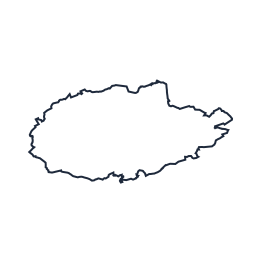 Kursīšu pag., Saldus, Latvia (Equal Earth projection), rotated 340°
{"feature_id": "27541924B12564645513148", "entity_name": "Kursīšu pag.", "entity_type": "district", "adm_level": 2, "iso_a3": "LVA", "parent_name": "Latvia", "parent_adm1": "Saldus", "projection": "equal_earth", "projection_center": [22.408, 56.518], "detail": "fine", "context": "isolated", "style": "outline", "palette": "slate", "viewbox_px": 256, "rotation_deg": 340, "n_neighbors": 0, "source": "geoboundaries", "source_scale": "gbopen_adm2", "svg_char_len": 5520}
<svg xmlns="http://www.w3.org/2000/svg" viewBox="0 0 256 256"><g transform="rotate(340 128 128)"><path d="M86.5,167.8L86.6,167.7L88.6,167.1L88.9,167.2L89.8,167.8L93.0,167.1L93.7,165.7L94.5,165.3L95.3,165.2L97.2,165.0L97.7,165.1L97.8,165.1L99.0,164.9L98.6,166.5L98.9,167.0L98.1,167.6L98.3,167.9L99.8,167.8L99.8,168.4L100.7,168.4L101.6,169.3L101.8,169.7L102.5,170.2L103.4,169.8L104.4,169.6L105.0,169.7L106.0,169.8L105.7,170.2L105.6,171.2L107.0,171.7L106.9,172.3L104.6,173.1L103.7,173.4L102.3,174.9L102.4,175.6L102.5,175.6L102.7,176.8L104.2,176.8L104.0,175.4L105.1,174.1L105.8,175.0L108.6,176.4L113.5,176.7L115.1,178.2L118.2,178.1L118.3,177.7L119.3,177.6L120.2,177.2L120.7,177.1L120.8,176.4L121.0,176.3L120.0,175.8L120.0,175.2L120.1,174.5L120.6,174.8L122.8,172.2L124.4,171.6L127.1,173.2L127.5,173.7L127.6,174.4L128.4,176.1L128.5,176.8L128.6,177.4L128.5,178.1L128.4,178.1L128.4,179.1L131.0,178.7L132.1,178.5L133.6,179.0L136.1,179.5L137.0,179.8L139.2,179.7L140.7,179.7L143.4,179.2L144.1,178.9L145.5,178.2L146.3,177.9L146.1,177.7L150.5,175.8L150.6,176.0L151.5,176.0L155.0,176.0L155.5,176.1L160.2,178.0L163.9,176.9L171.0,177.4L171.8,174.6L173.6,175.4L175.4,175.1L177.7,175.9L178.6,179.0L178.6,178.9L179.7,179.1L181.8,179.5L184.2,179.1L183.6,178.4L183.4,175.1L183.0,174.8L184.9,173.3L185.9,172.0L187.3,172.5L187.2,171.2L188.1,170.2L191.2,171.2L192.6,171.9L200.7,174.0L201.2,173.8L203.6,173.1L204.1,172.5L204.7,172.1L206.3,169.7L209.1,169.2L209.8,169.2L211.4,169.0L212.0,168.8L212.1,168.7L214.8,168.3L214.4,166.3L219.4,166.5L221.0,164.6L221.5,164.2L220.8,163.8L219.0,162.3L217.9,161.8L217.0,161.3L216.5,161.2L216.2,161.1L216.2,160.9L214.5,159.8L213.4,158.8L212.7,158.3L212.2,158.1L210.8,157.7L210.7,157.7L210.6,157.9L210.2,157.8L209.8,157.9L209.7,157.7L210.0,157.6L210.1,157.4L210.5,157.4L210.4,157.3L210.2,157.2L210.0,157.3L210.0,157.2L210.1,156.9L210.4,156.5L210.4,156.4L210.5,156.3L210.5,156.2L217.7,156.3L219.1,156.3L219.7,157.1L219.9,157.8L228.5,155.8L229.0,154.6L228.6,153.7L228.2,152.2L226.9,149.7L226.2,148.1L225.8,147.6L224.0,146.1L223.8,145.1L223.4,144.6L223.2,144.5L222.8,144.4L222.0,144.1L222.1,143.6L222.0,143.2L221.6,142.1L221.4,141.4L221.1,141.1L220.7,140.8L220.0,140.5L219.1,141.1L217.0,141.3L215.8,141.5L214.5,141.5L214.1,142.1L213.6,142.7L213.6,142.8L213.5,143.2L213.2,143.3L211.7,143.1L210.2,144.2L208.1,145.2L207.2,144.2L206.1,143.0L205.7,142.8L205.4,142.7L203.8,142.2L206.0,140.5L204.9,139.5L203.3,137.6L203.1,137.3L201.5,135.4L197.4,133.7L196.8,130.4L194.2,129.6L193.2,128.8L193.0,128.3L188.2,128.0L183.1,127.8L183.0,127.7L182.5,126.8L182.2,126.4L181.2,125.9L180.7,125.3L179.7,124.4L179.5,124.1L178.1,122.8L177.4,122.3L176.5,122.3L175.8,122.3L175.3,121.8L174.5,121.3L174.2,118.8L174.7,116.7L175.3,116.9L176.1,116.7L175.4,113.9L176.1,111.1L176.5,109.1L176.7,108.5L176.8,107.8L177.5,105.7L177.9,103.9L178.2,102.7L178.9,100.2L178.8,99.6L177.8,98.7L176.6,97.2L174.4,96.5L171.5,93.4L170.8,93.9L170.9,94.2L171.3,95.3L170.9,95.3L170.7,95.4L170.4,95.2L170.0,95.3L169.3,95.2L169.0,95.3L167.9,94.8L167.1,94.9L166.8,94.9L166.3,94.4L166.0,94.9L165.7,94.6L165.4,94.4L165.1,94.4L164.9,94.7L165.1,95.0L164.8,95.3L164.4,95.6L163.8,94.7L161.9,94.9L159.2,94.8L158.6,94.9L158.3,94.9L158.2,94.9L157.8,94.9L157.2,94.5L156.6,94.5L156.1,94.1L155.6,93.7L155.2,93.7L154.9,93.6L154.6,93.5L154.3,93.4L154.1,93.4L153.9,93.8L153.7,93.7L153.2,93.9L153.1,94.1L152.8,94.1L151.9,94.4L151.3,95.2L150.5,96.3L149.4,97.4L147.5,97.7L146.7,97.5L145.5,96.8L141.0,93.9L140.9,88.5L131.2,83.5L129.8,83.5L127.5,83.0L124.4,84.7L123.8,84.1L123.4,84.3L122.6,84.1L121.5,84.3L121.1,84.3L120.0,84.1L119.7,84.1L118.7,84.3L117.9,84.6L116.3,84.6L115.0,84.6L114.8,84.5L114.2,84.1L112.7,84.0L111.1,83.2L108.4,82.6L107.2,82.3L106.7,82.1L106.3,81.8L105.7,81.0L105.6,80.8L105.5,80.6L105.2,80.3L104.9,80.1L104.5,80.0L103.8,79.9L102.5,79.7L101.1,78.6L100.5,77.0L96.0,77.3L96.7,79.9L95.8,80.2L95.2,79.2L92.7,78.6L91.7,79.7L84.9,79.8L84.8,76.2L83.6,76.9L82.9,77.3L81.1,78.5L80.9,78.5L78.9,79.5L77.9,78.8L76.3,78.9L75.0,78.7L74.1,78.3L73.3,78.4L72.5,78.8L72.4,79.2L71.1,80.0L70.4,79.8L66.1,79.3L64.7,80.0L63.2,81.4L62.8,83.3L58.3,83.8L54.4,85.1L54.1,86.9L53.1,88.2L52.9,89.1L52.7,89.6L52.9,90.9L52.2,91.3L51.3,92.2L51.0,92.3L49.2,92.4L49.3,91.0L46.6,89.1L46.8,88.1L44.3,88.3L45.4,93.9L41.3,94.3L41.4,94.8L41.4,95.6L37.5,97.2L36.3,97.9L35.7,98.4L33.4,100.8L33.3,101.6L33.6,101.7L33.8,101.8L33.7,102.4L33.8,102.5L34.1,102.4L34.4,102.3L34.7,102.6L34.8,102.9L35.0,102.9L35.2,102.7L35.3,102.7L35.5,102.9L35.6,103.1L35.2,104.3L34.7,104.7L34.3,106.8L34.0,107.6L33.9,107.9L33.6,108.2L33.6,108.3L33.4,108.8L33.1,109.1L32.5,109.4L32.4,109.7L31.9,110.0L31.7,110.3L31.5,111.5L31.9,112.0L32.1,112.7L32.9,113.6L33.3,114.0L32.4,114.4L31.5,114.6L31.0,114.9L29.5,115.7L27.0,116.8L27.4,117.6L27.5,117.8L27.8,118.1L28.1,118.7L28.3,118.9L28.3,119.0L29.1,120.1L29.4,121.3L29.6,122.4L29.9,122.6L31.4,122.9L31.2,123.4L31.2,123.5L31.4,123.8L32.0,124.3L33.2,125.0L33.6,125.4L34.9,126.3L37.9,131.0L38.7,132.4L38.1,134.5L37.2,136.7L37.6,137.3L37.9,137.6L38.0,138.1L37.7,138.7L38.1,139.3L38.5,140.9L38.4,140.9L38.5,140.9L38.4,141.3L38.3,142.3L41.2,143.8L41.3,143.9L43.6,144.2L44.8,144.3L50.6,145.0L50.4,145.8L50.8,146.3L51.8,147.0L56.1,149.4L56.6,149.9L57.1,150.3L57.5,151.0L58.5,152.2L59.2,153.4L60.0,154.5L61.9,155.8L62.6,156.3L64.0,157.2L65.5,157.3L67.5,157.8L68.7,158.5L69.8,159.4L72.7,161.4L74.5,163.0L76.1,165.1L78.2,165.6L78.9,165.5L79.6,165.2L79.9,165.2L80.7,165.4L81.4,165.4L81.9,165.2L82.2,165.3L83.1,165.3L86.3,167.6L86.5,167.8Z" fill="none" stroke="#1e293b" stroke-width="2"/></g></svg>